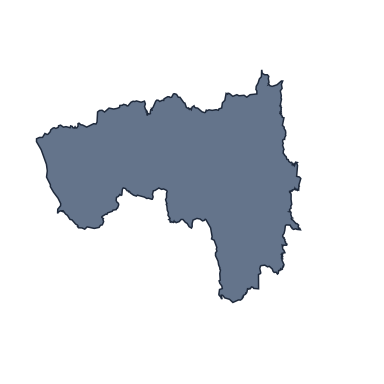 San Juan Nepomuceno, Bolívar, Colombia (Equal Earth projection), rotated 154°
{"feature_id": "7082276B34881548257448", "entity_name": "San Juan Nepomuceno", "entity_type": "district", "adm_level": 2, "iso_a3": "COL", "parent_name": "Colombia", "parent_adm1": "Bolívar", "projection": "equal_earth", "projection_center": [-75.086, 9.989], "detail": "fine", "context": "isolated", "style": "filled", "palette": "slate", "viewbox_px": 384, "rotation_deg": 154, "n_neighbors": 0, "source": "geoboundaries", "source_scale": "gbopen_adm2", "svg_char_len": 5969}
<svg xmlns="http://www.w3.org/2000/svg" viewBox="0 0 384 384"><g transform="rotate(154 192 192)"><path d="M174.6,75.8L168.4,88.7L166.1,88.7L165.5,89.6L164.7,93.4L163.0,95.3L162.0,95.5L158.6,94.3L156.9,91.6L155.1,91.3L153.6,87.5L153.9,85.2L153.4,83.7L151.5,83.0L151.2,80.8L150.1,81.1L148.6,83.4L147.6,82.9L146.4,83.8L146.5,83.1L144.7,83.0L144.5,83.9L143.7,84.1L142.8,85.3L142.5,84.9L141.2,86.3L141.0,91.2L140.5,92.2L139.9,92.2L140.5,93.5L139.0,94.0L139.6,94.8L139.1,95.3L139.1,96.8L138.5,96.8L138.6,95.3L137.8,96.5L138.2,96.7L137.9,97.4L135.1,96.7L135.0,99.5L135.5,100.8L134.2,104.6L133.7,103.7L133.1,104.1L130.3,102.7L129.5,103.5L130.1,104.6L130.1,106.6L130.6,107.0L129.9,106.7L130.0,107.6L129.3,108.6L129.8,110.2L129.3,110.5L130.1,112.0L129.4,113.3L127.4,114.5L125.4,116.9L123.0,120.6L121.7,121.1L118.3,119.2L118.3,117.0L117.8,116.1L118.1,115.4L117.2,113.9L114.7,113.4L114.1,112.4L111.1,110.5L111.1,112.1L112.1,112.7L111.7,113.0L111.9,114.1L110.7,115.5L111.6,117.7L112.4,118.0L113.7,122.7L114.5,123.7L114.3,124.7L113.1,124.6L113.5,125.2L113.1,128.4L112.0,130.0L112.0,130.7L113.1,131.6L112.2,131.5L112.3,133.0L111.8,133.6L110.2,133.9L109.3,136.2L107.8,137.1L106.2,142.0L104.0,146.3L103.8,147.5L104.4,148.9L103.8,150.4L103.7,149.6L102.9,149.6L103.0,149.0L102.2,149.3L102.4,150.0L101.6,149.0L100.8,149.9L99.7,149.3L98.5,149.9L98.2,149.2L97.8,150.0L97.6,148.8L96.8,148.6L97.1,148.0L96.5,147.1L96.0,147.3L95.9,146.8L95.7,147.5L95.3,147.0L93.6,150.0L93.0,150.2L93.1,151.2L88.3,156.4L88.9,158.4L91.1,160.2L85.5,169.6L85.3,172.0L84.4,172.3L85.8,173.4L88.2,170.9L88.1,172.6L89.2,171.9L89.1,172.5L89.9,172.7L89.3,173.4L89.4,175.0L90.5,175.1L91.6,177.0L91.3,178.9L92.4,179.7L91.9,182.6L92.7,184.3L92.5,184.9L93.0,186.9L91.6,189.4L90.7,189.8L90.1,194.3L88.6,195.8L88.6,197.3L87.7,198.9L86.4,199.2L85.7,198.7L84.8,200.3L82.9,201.7L82.6,203.1L81.9,203.8L81.1,206.1L81.4,208.7L80.7,209.9L81.5,212.3L76.8,218.4L78.1,219.5L77.7,220.5L78.5,224.3L78.0,224.7L77.4,224.0L77.4,225.3L76.6,225.0L76.4,226.3L75.8,226.6L75.5,227.9L74.6,228.7L75.2,230.1L74.7,230.4L74.6,229.8L74.4,230.3L74.8,230.9L74.3,230.9L74.2,231.9L70.8,236.3L70.9,237.4L69.5,239.4L68.3,244.2L65.6,245.6L64.5,249.5L61.8,252.0L63.0,252.6L68.6,251.1L73.7,251.8L75.4,253.4L75.7,255.0L76.2,255.0L75.6,255.4L75.8,256.2L74.7,256.8L73.7,260.5L72.3,262.3L72.9,264.4L75.2,265.5L76.5,267.3L76.7,268.5L75.9,270.6L75.9,271.2L79.1,265.2L81.9,264.1L85.0,260.8L87.9,258.9L89.6,256.1L89.4,254.4L90.7,251.7L97.1,254.0L101.2,253.2L102.8,256.1L107.6,257.9L109.0,259.8L113.4,260.1L115.1,263.9L116.3,265.0L117.1,264.3L118.1,265.7L122.3,260.0L125.6,258.8L128.5,254.5L131.3,254.9L132.5,253.9L134.2,255.4L138.1,256.5L140.7,258.4L142.8,258.5L143.3,259.3L145.0,257.7L145.8,257.8L147.8,259.6L150.1,264.9L151.9,266.1L152.5,267.2L152.4,268.6L154.8,268.2L156.6,266.2L157.1,267.9L158.2,267.5L158.3,268.9L158.7,268.7L160.0,270.5L159.4,275.0L160.2,275.9L161.3,282.4L162.8,283.2L163.1,286.5L164.6,288.0L165.7,288.3L168.8,286.1L170.3,286.6L170.7,287.5L172.1,288.3L176.3,288.0L177.3,286.7L178.4,287.5L181.3,287.5L182.0,289.1L183.3,290.0L184.8,289.5L189.8,285.2L191.3,284.5L191.7,284.8L192.0,283.2L193.0,284.0L194.6,282.0L195.0,280.7L196.2,280.8L197.0,281.8L198.2,280.7L198.6,280.9L198.5,281.5L197.1,283.7L197.1,284.3L197.8,284.3L197.2,285.3L197.6,286.5L197.2,289.6L195.3,291.6L194.9,294.5L198.4,295.0L202.0,298.2L203.7,298.4L205.2,299.4L207.5,299.4L211.7,297.5L212.6,297.8L213.1,299.1L215.1,300.8L216.6,300.5L218.9,301.4L220.1,299.8L222.6,300.0L226.0,300.9L229.8,303.8L235.5,302.2L237.0,304.9L239.4,305.8L241.8,305.3L246.7,296.5L248.5,295.2L250.4,296.5L258.2,296.5L261.0,300.2L262.4,301.1L263.4,303.4L264.5,303.4L265.6,301.1L267.5,300.1L268.4,300.5L268.5,301.9L269.8,301.1L270.9,302.1L270.9,303.4L272.1,304.6L273.4,303.2L276.6,306.0L279.1,306.6L280.8,309.7L282.9,310.0L283.9,308.7L286.5,308.8L287.7,310.2L289.1,310.4L291.8,309.7L292.9,308.4L295.9,307.1L297.0,307.2L298.5,309.1L302.4,306.6L305.2,307.9L308.4,308.0L309.7,305.4L309.0,296.1L310.7,280.7L312.8,274.4L316.2,269.2L316.1,260.5L317.0,259.0L316.5,252.4L315.1,245.2L315.1,239.1L316.2,237.2L320.2,235.4L322.2,231.7L320.8,232.6L318.4,232.7L317.1,231.4L317.1,232.1L316.1,231.7L315.3,227.6L314.2,225.6L313.7,220.9L312.1,219.6L310.7,214.3L309.4,212.3L309.4,211.2L310.0,211.1L309.7,209.6L306.7,208.0L304.7,205.6L301.5,206.6L295.8,202.1L291.0,200.9L288.9,202.2L287.0,201.8L284.4,204.1L284.1,206.4L283.3,206.9L284.2,208.7L283.7,209.4L279.3,209.9L278.2,209.2L277.0,210.2L272.1,209.6L271.0,210.3L267.8,209.4L266.9,210.3L266.0,210.2L263.5,212.6L263.1,214.1L263.9,215.8L263.9,217.7L262.2,220.3L260.2,220.3L257.9,221.4L257.3,220.1L256.4,220.1L253.4,225.0L252.0,225.8L250.3,224.3L249.8,221.6L248.4,220.5L248.8,219.9L247.9,219.4L247.8,218.2L246.0,214.9L243.8,212.7L242.5,213.1L236.9,208.2L235.5,206.0L233.8,205.5L231.4,203.1L230.8,202.9L229.1,204.6L228.6,207.2L226.2,210.0L224.7,209.6L220.0,210.1L218.2,207.7L216.4,207.3L215.0,205.8L214.1,204.4L214.1,203.4L215.5,201.9L217.3,198.2L219.1,196.7L219.7,192.5L220.5,192.3L220.7,190.4L222.2,186.5L222.3,183.8L223.8,181.6L223.3,178.0L224.9,177.4L224.1,176.7L224.8,174.6L224.4,174.2L224.1,174.9L222.1,172.8L220.9,173.7L220.9,172.7L220.0,172.4L219.7,171.4L216.4,171.0L213.9,172.1L212.2,171.3L211.3,167.7L210.1,165.8L209.8,162.1L208.3,159.8L207.1,160.7L205.7,163.6L203.4,166.3L199.2,166.1L196.6,164.2L195.2,161.4L193.5,161.1L192.1,161.7L191.6,161.1L191.0,151.6L193.5,143.0L195.0,141.3L193.2,138.9L194.0,131.3L195.2,130.0L195.5,128.0L197.6,126.9L198.8,124.4L198.9,118.4L200.0,114.9L200.2,111.6L200.8,110.5L200.6,109.4L202.8,106.5L205.3,100.4L206.6,100.3L207.0,97.7L206.4,94.5L207.1,91.9L210.0,92.3L212.7,88.3L212.9,87.5L212.2,85.1L212.3,83.3L211.8,83.1L210.9,86.4L210.3,86.2L209.6,85.4L209.0,82.5L205.3,79.1L203.7,74.8L197.5,74.6L195.8,73.6L193.3,74.2L192.8,75.3L191.9,75.1L191.2,76.5L188.6,76.7L187.8,77.7L187.4,77.3L186.5,78.0L184.5,80.7L183.5,79.7L182.9,80.2L182.0,79.5L180.2,80.6L179.0,79.6L178.8,78.3L174.6,75.8Z" fill="#64748b" stroke="#1e293b" stroke-width="1.5"/></g></svg>